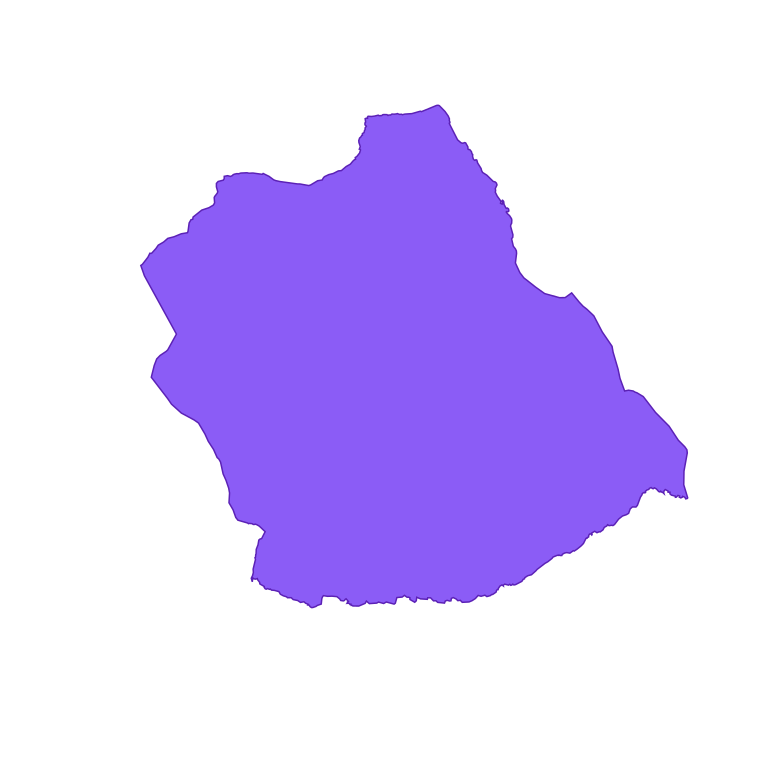 the district of Oppegård nor, Akershus, Norway, rotated 237°
{"feature_id": "86288312B19466548216946", "entity_name": "Oppegård nor", "entity_type": "district", "adm_level": 2, "iso_a3": "NOR", "parent_name": "Norway", "parent_adm1": "Akershus", "projection": "robinson", "projection_center": [10.813, 59.794], "detail": "fine", "context": "isolated", "style": "filled", "palette": "violet", "viewbox_px": 768, "rotation_deg": 237, "n_neighbors": 0, "source": "geoboundaries", "source_scale": "gbopen_adm2", "svg_char_len": 6171}
<svg xmlns="http://www.w3.org/2000/svg" viewBox="0 0 768 768"><g transform="rotate(237 384 384)"><path d="M489.4,587.2L491.3,587.7L492.9,587.3L494.5,585.9L503.1,584.0L507.7,581.9L509.9,582.1L511.9,582.8L518.4,582.9L521.2,583.8L522.0,583.3L522.0,582.2L522.3,581.8L523.9,581.4L526.5,582.2L528.2,583.4L529.2,583.2L531.3,583.9L533.9,583.6L534.8,582.5L535.3,582.4L537.2,583.5L541.7,583.8L542.5,583.2L543.0,581.2L544.3,580.0L548.7,578.7L566.7,580.6L567.2,580.8L567.2,581.5L567.7,581.9L569.4,582.3L570.8,583.3L573.8,583.8L579.3,583.6L587.3,582.0L588.3,581.2L589.0,579.8L592.0,563.8L593.0,563.0L595.6,554.6L599.0,548.5L599.9,546.0L600.7,545.6L601.7,543.8L603.6,542.4L603.6,541.8L604.7,539.6L606.1,537.6L606.0,536.1L607.0,534.5L607.0,533.6L608.3,533.2L610.1,530.6L610.5,529.7L610.4,528.2L611.7,526.0L612.6,525.6L613.8,522.1L615.2,519.2L617.2,516.5L616.8,515.4L615.8,514.9L616.6,513.7L616.8,512.7L614.0,511.4L613.5,511.0L613.3,510.2L611.7,509.2L609.8,509.6L609.0,507.5L607.9,507.1L607.2,505.7L605.7,504.2L605.8,502.3L604.4,501.4L604.6,500.8L603.8,499.1L603.6,497.5L602.0,495.5L600.2,494.5L596.0,493.4L594.4,491.2L593.9,491.7L593.1,491.8L591.0,489.3L589.6,485.1L589.6,483.2L588.0,482.6L588.2,481.2L587.9,479.4L586.7,475.5L587.0,470.7L586.2,464.5L587.6,461.7L588.2,456.1L589.7,451.7L590.3,447.2L590.1,445.9L588.8,443.2L590.6,439.1L590.9,430.9L591.4,429.0L597.5,422.5L599.0,420.3L610.2,407.3L613.5,404.0L615.3,402.7L620.7,400.7L626.4,397.3L626.2,396.3L626.5,395.7L632.3,389.0L634.3,385.6L635.8,384.1L638.9,378.8L639.5,376.6L640.6,375.1L641.5,372.7L641.7,371.5L641.4,370.1L641.7,368.3L643.9,366.3L645.2,363.1L643.2,361.8L642.5,360.2L644.2,355.2L643.5,352.7L640.6,350.8L635.8,349.3L634.9,348.2L633.5,344.1L632.8,343.1L628.2,340.6L627.0,338.4L627.2,333.2L629.1,325.9L628.0,314.8L626.3,313.3L626.9,311.6L625.2,308.3L618.8,302.8L617.9,301.6L620.4,295.8L621.9,287.9L623.9,282.0L623.1,276.4L623.4,270.3L621.8,266.4L620.3,260.7L620.4,259.7L621.2,258.9L618.9,255.0L615.9,246.4L615.9,244.6L605.2,242.0L538.9,237.1L530.4,221.2L530.0,219.1L529.9,211.8L528.8,207.0L524.7,201.4L516.4,192.5L489.8,194.6L482.8,194.8L470.0,198.2L457.2,205.2L452.2,207.2L450.8,207.1L439.6,206.6L431.6,205.4L421.9,205.4L413.2,204.0L411.1,204.6L407.6,204.4L396.2,200.1L389.1,199.0L381.2,197.0L376.7,195.1L368.8,189.3L360.7,188.9L352.8,187.0L349.3,187.3L341.6,194.0L340.7,194.2L340.4,195.2L338.6,197.4L337.5,197.8L336.9,198.5L336.6,199.7L335.1,200.8L332.7,202.0L324.9,203.9L321.0,197.2L321.5,195.6L321.3,194.0L317.8,190.8L314.9,186.8L311.2,184.2L310.8,183.5L308.6,181.8L308.6,181.2L306.8,180.6L300.0,173.4L297.1,171.8L294.9,169.4L293.4,166.9L289.8,165.8L292.9,168.3L291.4,168.8L290.3,170.0L289.8,171.8L288.7,171.4L285.6,171.7L283.9,171.0L279.4,173.3L278.9,172.8L277.1,172.8L276.1,173.4L275.8,174.9L274.1,176.2L273.9,177.0L272.4,177.4L270.6,179.7L267.1,182.8L264.1,182.6L261.2,184.2L258.6,186.4L257.4,186.6L255.3,189.8L252.7,190.4L249.4,193.7L246.3,195.0L245.0,198.2L242.7,198.9L240.6,200.4L240.2,199.7L239.4,200.7L237.3,200.8L235.9,201.5L235.3,202.6L234.5,205.8L234.6,207.5L233.6,211.5L237.9,215.0L238.9,216.4L239.5,217.9L236.7,221.0L234.4,224.8L231.3,228.7L227.9,229.8L226.0,229.8L224.2,231.8L224.0,233.0L224.5,234.1L224.5,235.2L221.0,235.7L221.0,234.4L220.3,234.4L220.1,233.7L219.5,234.8L218.5,235.4L217.6,235.4L217.4,236.3L216.2,235.9L215.9,236.5L214.8,237.0L211.5,241.9L210.3,248.7L211.5,251.0L207.8,252.1L204.2,258.6L204.1,260.6L200.1,264.2L199.9,267.2L193.9,272.6L194.0,274.1L197.9,278.5L195.4,283.2L195.6,286.0L192.6,287.2L191.9,288.4L190.7,289.3L189.1,288.4L184.2,290.9L184.6,293.0L187.3,295.3L183.9,297.6L179.8,303.1L180.9,304.2L179.3,306.6L175.2,307.4L173.9,309.5L171.6,310.1L167.3,315.4L168.6,317.2L168.2,319.1L166.2,320.9L165.7,322.1L167.5,323.7L167.2,325.7L164.4,327.4L162.1,327.9L161.0,330.2L158.3,330.7L154.9,336.6L154.3,339.9L154.3,343.8L155.4,347.8L153.1,349.8L151.9,353.6L149.7,354.5L148.6,358.0L148.8,359.6L148.3,360.5L148.4,364.6L149.6,366.0L149.8,367.1L149.4,367.7L150.3,368.6L151.4,371.3L151.2,373.5L149.6,374.1L150.3,374.4L150.4,376.2L147.5,378.9L147.5,380.4L146.1,380.7L145.8,381.8L146.0,383.0L144.7,383.5L144.1,385.1L143.4,392.1L144.4,394.4L144.1,395.7L144.9,396.6L144.9,400.2L143.7,403.8L144.6,409.7L145.1,411.3L145.9,421.3L145.7,424.5L146.2,429.8L146.8,431.6L145.9,436.2L145.2,437.0L145.3,437.6L144.3,438.2L143.3,439.7L144.0,440.8L143.9,443.3L143.1,445.4L140.9,447.8L141.1,452.0L140.3,452.5L140.3,455.7L140.9,461.4L141.6,464.4L144.5,469.3L144.1,470.4L144.5,470.7L144.3,472.3L145.5,473.2L146.2,474.6L145.7,475.8L144.2,476.0L144.5,476.6L145.9,477.0L145.7,480.5L143.3,481.6L142.9,484.0L142.2,484.7L142.4,488.2L143.8,490.7L143.6,493.5L144.2,494.9L142.6,495.6L141.6,497.9L140.6,498.9L140.6,500.8L142.9,507.2L143.4,512.1L142.4,516.1L142.3,518.7L145.2,522.5L145.6,525.4L143.6,528.3L144.2,530.4L149.4,537.4L150.6,540.1L151.5,541.0L151.4,542.8L150.6,543.5L150.6,544.3L151.6,544.7L151.9,547.1L151.5,548.0L151.5,549.1L151.9,549.6L151.7,551.6L150.1,552.2L149.5,552.9L149.7,554.2L147.6,555.3L144.2,555.8L143.2,556.6L143.4,557.7L142.3,557.8L141.6,558.6L139.6,559.1L140.6,559.4L141.8,560.6L142.3,562.4L139.6,563.9L138.6,563.3L137.5,564.9L136.2,564.0L134.3,564.5L131.3,567.2L130.3,566.7L129.9,567.6L130.5,569.8L129.1,570.9L128.3,570.0L126.8,570.9L126.6,572.5L127.1,573.3L125.2,574.6L123.3,574.5L122.8,576.1L123.1,576.7L136.2,580.5L147.5,588.1L161.0,600.8L163.8,602.2L167.4,602.1L176.6,600.2L193.4,600.1L212.3,596.2L232.2,594.6L238.8,591.4L240.5,590.1L242.4,589.2L245.6,585.7L247.1,582.0L260.2,585.0L269.0,588.4L286.0,593.5L291.4,595.8L308.8,595.4L326.9,597.1L336.1,594.9L340.8,593.3L346.4,592.3L358.2,591.0L357.8,583.0L360.8,578.2L372.3,568.0L382.7,563.9L396.8,559.1L403.5,558.6L413.9,560.1L421.3,566.3L423.5,567.5L425.7,567.8L429.1,567.5L436.3,570.1L436.9,571.9L438.9,573.4L447.4,576.1L448.5,577.1L449.3,578.6L451.9,580.5L453.3,581.0L456.9,581.0L459.4,580.3L461.6,580.2L461.9,580.6L460.9,582.1L460.9,582.6L461.7,583.3L463.2,583.8L464.5,583.2L464.6,582.4L465.2,582.1L469.2,582.5L472.0,583.8L473.3,583.6L473.6,583.4L473.2,582.6L470.5,581.9L470.4,581.4L470.7,580.9L472.1,580.1L473.6,581.6L479.9,581.3L484.2,581.8L485.5,583.0L487.3,583.8L489.4,587.2Z" fill="#8b5cf6" stroke="#5b21b6" stroke-width="1.5"/></g></svg>